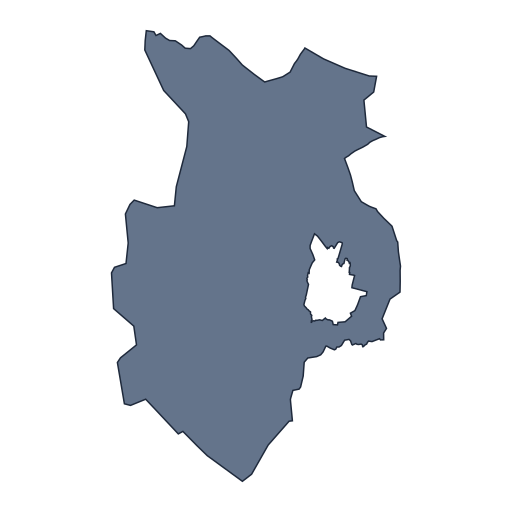 outline of Bosso, Niger, Nigeria
{"feature_id": "59680162B93998087230069", "entity_name": "Bosso", "entity_type": "district", "adm_level": 2, "iso_a3": "NGA", "parent_name": "Nigeria", "parent_adm1": "Niger", "projection": "equal_earth", "projection_center": [6.502, 9.642], "detail": "fine", "context": "isolated", "style": "filled", "palette": "slate", "viewbox_px": 512, "rotation_deg": 0, "n_neighbors": 0, "source": "geoboundaries", "source_scale": "gbopen_adm2", "svg_char_len": 4095}
<svg xmlns="http://www.w3.org/2000/svg" viewBox="0 0 512 512"><path d="M292.4,420.8L292.0,416.5L290.6,402.0L290.4,399.4L290.8,397.7L292.9,390.4L299.1,389.1L300.6,387.0L303.2,376.0L304.2,362.2L307.8,358.0L316.7,356.6L320.7,354.8L323.1,351.9L325.8,346.2L326.8,346.1L330.1,348.0L334.4,349.8L335.7,349.2L336.9,347.0L339.0,347.0L341.4,345.5L344.6,340.2L349.0,339.4L350.5,340.8L351.8,344.4L352.4,345.0L355.9,343.5L356.0,343.6L357.0,344.3L358.6,344.5L361.0,344.1L361.9,344.5L362.2,344.7L362.5,345.4L362.6,346.4L362.9,346.8L363.6,346.4L365.2,344.8L366.6,344.1L367.4,342.5L368.5,341.1L372.0,341.6L379.5,338.7L380.5,339.9L383.7,339.8L383.6,333.0L386.5,328.4L382.1,318.8L390.0,299.1L400.0,292.1L400.2,281.5L400.1,270.3L400.5,266.2L399.7,260.9L398.4,251.8L397.7,242.0L396.7,240.7L392.0,226.2L383.7,218.2L382.6,217.0L377.5,211.5L376.0,208.8L372.1,207.4L369.4,206.3L368.1,205.6L365.8,204.3L361.3,201.7L354.5,191.0L354.3,190.7L352.3,182.0L350.5,175.1L348.0,167.9L344.5,158.5L346.3,157.1L348.6,155.8L350.9,153.8L352.8,152.5L354.8,151.1L357.5,149.7L360.2,148.4L362.7,147.2L365.1,145.8L367.7,144.3L369.8,142.3L372.8,140.6L375.7,139.4L379.5,137.6L382.7,136.7L384.8,136.4L366.5,127.0L363.9,100.1L373.7,92.0L376.6,76.3L369.3,76.0L345.1,68.3L323.6,58.9L304.9,48.0L304.3,49.1L303.3,50.4L300.4,54.3L299.1,56.7L297.9,58.9L296.4,61.1L294.5,63.5L291.6,69.2L290.1,72.1L288.2,73.3L284.1,75.9L282.8,76.7L281.0,77.3L276.4,78.7L267.0,81.3L264.7,82.0L262.6,80.5L254.0,74.2L253.0,73.4L251.6,72.3L244.2,66.5L242.2,64.9L240.1,62.5L236.4,58.3L235.0,56.8L231.0,52.5L229.0,50.4L226.9,48.8L219.3,43.1L211.8,37.4L210.0,35.9L208.0,35.9L205.9,35.9L205.6,35.9L205.3,36.0L201.8,36.8L199.7,37.2L196.9,41.2L193.8,45.8L190.5,48.6L185.2,48.2L181.6,45.0L175.3,40.8L169.6,40.5L165.5,38.1L160.4,33.4L156.0,35.5L153.9,31.8L146.3,30.7L145.2,40.6L144.8,50.0L163.7,90.5L185.5,113.9L188.7,121.7L186.8,146.5L176.3,186.7L174.4,205.8L157.2,207.7L134.2,200.1L130.0,204.4L125.4,214.0L128.2,243.0L126.0,263.5L114.5,267.3L111.5,272.9L113.6,308.6L133.8,326.1L136.5,344.9L120.5,357.8L117.4,362.5L124.4,403.8L130.5,405.4L145.7,399.2L178.3,433.9L182.9,431.4L197.3,446.0L207.3,455.7L242.4,481.3L251.6,474.2L268.2,445.0L289.1,421.2L292.4,420.8ZM350.4,313.2L351.6,316.2L345.1,321.8L338.0,322.4L337.5,324.9L333.2,324.6L332.4,321.2L329.6,319.9L327.9,319.8L326.5,319.2L325.8,318.6L325.3,318.0L324.1,319.0L322.3,320.5L319.6,319.8L317.7,320.2L316.9,320.4L315.9,320.2L314.7,321.0L313.4,320.8L312.2,321.0L311.6,322.3L311.3,322.3L311.4,320.7L312.0,319.5L311.4,316.7L311.5,316.2L311.8,315.7L311.6,315.1L310.7,314.4L310.5,313.6L310.5,311.9L309.0,310.8L308.2,309.7L307.3,309.3L306.1,307.7L304.4,306.0L303.9,304.5L305.0,300.2L305.6,299.0L305.8,298.5L305.5,297.2L306.2,295.2L306.3,294.8L308.5,284.4L307.7,282.8L307.1,281.4L307.0,281.0L306.9,280.4L307.3,279.9L306.8,278.6L307.3,277.6L307.8,277.0L307.5,275.7L308.2,272.7L309.1,273.2L309.2,270.9L309.3,269.6L309.5,269.2L310.5,266.8L311.2,265.2L312.1,263.2L312.2,262.9L314.7,259.9L312.9,254.7L310.1,248.5L310.1,245.5L311.5,241.6L314.5,233.8L315.4,234.5L317.5,236.1L321.4,241.1L325.2,246.2L327.2,248.6L327.5,247.6L328.3,248.2L328.5,248.1L328.9,247.9L329.0,248.0L329.1,247.8L329.2,247.6L329.3,247.5L329.4,247.4L329.5,247.2L329.9,246.8L330.2,246.4L330.6,246.3L331.7,245.7L333.2,246.7L333.6,248.1L334.2,248.3L337.7,242.6L339.4,241.8L341.0,242.3L342.1,242.7L342.3,243.9L338.8,255.9L338.1,258.2L337.8,258.8L337.3,258.9L337.3,259.9L337.3,260.4L337.1,260.9L336.7,262.1L337.4,262.3L338.3,262.4L339.3,263.8L339.5,265.1L340.6,266.2L341.5,266.5L342.2,264.5L342.9,263.9L343.9,263.5L345.0,259.0L345.7,258.3L346.6,258.4L346.7,258.5L346.9,258.5L347.2,258.6L347.3,258.9L347.4,259.7L347.2,259.7L347.2,259.9L347.1,260.1L347.7,260.2L349.1,262.2L349.2,262.5L349.3,263.0L349.7,262.7L350.0,262.6L350.2,263.2L350.3,265.1L350.3,265.9L350.1,266.4L349.7,267.2L349.4,267.9L349.5,268.0L349.5,268.4L349.2,272.4L349.7,272.5L349.5,274.4L351.5,274.8L353.5,275.1L354.6,275.5L352.2,284.9L352.0,286.6L351.9,287.7L366.9,291.7L366.3,295.6L360.5,296.7L357.7,304.4L357.1,305.8L354.9,310.6L352.3,312.1L350.4,313.2Z" fill="#64748b" stroke="#1e293b" stroke-width="1.5"/></svg>